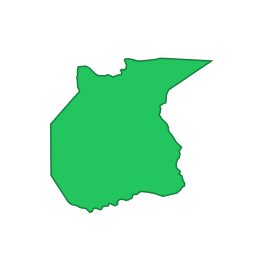 the district of Barre Denis, Anse-la-Raye, Saint Lucia, rotated 291°
{"feature_id": "8701671B57148125008640", "entity_name": "Barre Denis", "entity_type": "district", "adm_level": 2, "iso_a3": "LCA", "parent_name": "Saint Lucia", "parent_adm1": "Anse-la-Raye", "projection": "equal_earth", "projection_center": [-60.992, 13.968], "detail": "fine", "context": "isolated", "style": "filled", "palette": "green", "viewbox_px": 256, "rotation_deg": 291, "n_neighbors": 0, "source": "geoboundaries", "source_scale": "gbopen_adm2", "svg_char_len": 1755}
<svg xmlns="http://www.w3.org/2000/svg" viewBox="0 0 256 256"><g transform="rotate(291 128 128)"><path d="M77.3,64.9L69.1,68.1L56.3,73.1L37.6,98.7L37.0,100.5L36.6,101.8L36.5,102.8L36.4,103.4L36.5,103.8L37.0,106.6L37.2,108.3L37.0,109.3L36.8,110.9L36.7,112.6L37.0,114.1L37.8,117.5L36.2,121.4L35.6,122.6L37.1,124.5L38.3,124.3L39.8,124.6L40.9,125.3L41.6,126.6L41.7,127.7L41.7,131.2L42.4,132.2L45.6,132.7L46.2,133.7L46.9,134.0L47.4,136.0L48.2,137.5L49.0,137.5L50.3,137.2L51.2,138.5L51.0,140.4L50.8,143.8L53.0,145.5L53.6,145.7L54.4,144.5L55.2,144.5L56.0,144.7L57.1,145.1L57.9,145.6L58.5,146.2L58.9,146.8L59.2,148.1L59.6,149.2L59.8,150.2L59.7,151.5L59.7,152.2L60.4,153.1L60.9,154.0L61.8,154.6L62.8,155.6L63.4,156.4L64.8,156.8L67.3,156.4L68.2,157.8L69.4,160.2L71.2,161.1L73.3,162.7L75.1,168.7L76.5,176.4L76.8,185.2L84.8,196.9L89.3,199.3L92.5,199.9L94.3,201.5L94.5,201.3L96.6,200.7L98.6,198.3L102.5,195.5L103.6,191.9L104.7,192.5L106.3,192.2L108.1,187.6L111.8,185.8L116.3,185.4L117.9,186.4L122.7,185.8L124.2,184.2L129.2,184.8L132.0,178.1L136.5,172.3L139.2,167.7L140.6,166.5L143.3,165.3L145.8,162.6L148.5,156.5L151.7,152.2L153.5,152.5L157.8,151.6L160.1,149.7L162.6,151.6L164.0,152.5L165.1,154.3L170.8,152.5L173.0,151.9L178.2,152.2L220.0,181.5L220.4,181.8L220.2,181.1L206.0,137.1L204.2,132.4L201.7,129.0L198.5,122.6L195.4,116.5L193.9,112.8L193.7,109.1L192.9,104.0L192.3,102.7L191.4,100.7L190.2,100.3L186.4,104.0L183.4,104.7L181.1,104.0L180.4,101.0L179.1,100.3L178.1,102.0L175.4,102.7L173.6,99.3L170.3,95.9L170.6,90.2L168.6,88.2L166.3,82.1L166.6,78.7L170.1,70.6L170.6,66.6L168.6,62.2L167.1,59.5L162.0,60.8L159.8,61.8L156.5,62.2L154.8,63.5L148.5,66.2L144.9,69.7L130.7,64.3L117.1,59.3L104.0,54.5L77.3,64.9Z" fill="#22c55e" stroke="#15803d" stroke-width="1.5"/></g></svg>